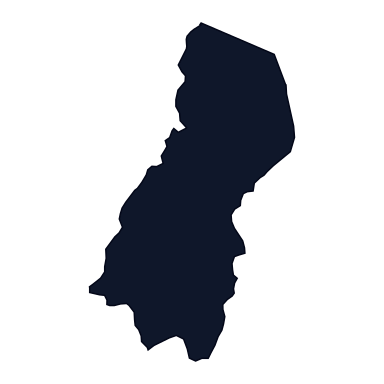 outline of Foinikaria, Limassol, Cyprus
{"feature_id": "46923920B54656513612440", "entity_name": "Foinikaria", "entity_type": "district", "adm_level": 2, "iso_a3": "CYP", "parent_name": "Cyprus", "parent_adm1": "Limassol", "projection": "orthographic", "projection_center": [33.104, 34.76], "detail": "fine", "context": "isolated", "style": "filled", "palette": "ink", "viewbox_px": 384, "rotation_deg": 0, "n_neighbors": 0, "source": "geoboundaries", "source_scale": "gbopen_adm2", "svg_char_len": 1618}
<svg xmlns="http://www.w3.org/2000/svg" viewBox="0 0 384 384"><path d="M200.0,24.6L200.8,25.1L194.2,29.2L190.8,31.9L187.1,36.2L186.3,39.3L186.5,42.9L186.8,46.4L186.4,48.9L178.3,65.0L182.0,71.8L185.5,75.8L185.1,81.7L178.0,90.1L175.9,99.7L175.9,106.4L179.6,113.2L180.2,120.7L186.6,127.8L186.4,128.1L178.3,132.3L173.8,128.5L172.1,130.8L169.7,137.6L165.3,140.6L167.0,146.5L164.7,150.5L161.3,156.0L162.8,162.1L163.2,163.5L162.6,163.7L156.7,166.6L151.9,166.3L147.8,169.8L146.3,174.9L141.9,182.3L137.4,188.4L134.8,190.3L125.8,202.2L122.1,208.1L120.4,213.7L119.3,219.0L122.5,227.2L119.1,232.9L114.9,236.8L105.8,249.2L106.2,258.3L104.7,266.7L104.7,271.9L100.6,278.2L92.8,284.4L89.5,286.8L89.7,288.0L89.7,292.5L99.7,294.8L104.6,295.3L107.0,300.1L106.9,304.5L109.7,305.5L114.3,305.5L120.6,303.9L126.6,303.5L129.0,305.3L134.2,312.2L134.6,319.8L135.2,325.4L138.7,329.6L141.2,335.9L141.6,341.6L147.3,347.4L148.1,349.9L154.0,345.4L155.8,344.5L169.4,337.8L176.3,335.4L183.6,339.0L187.3,348.9L189.4,358.1L195.6,361.0L201.9,358.3L208.2,358.3L210.9,352.8L214.9,345.3L218.1,336.6L221.9,330.1L223.5,324.0L224.8,316.6L222.9,309.5L222.8,304.5L227.3,299.5L232.2,296.0L234.2,293.1L233.5,288.8L234.6,283.0L237.2,278.3L233.4,275.1L232.6,270.2L232.0,263.5L234.4,256.6L238.8,255.0L244.9,253.2L244.5,247.8L242.7,240.9L234.4,228.3L231.6,221.6L231.1,214.9L234.7,209.1L240.3,205.6L240.7,200.3L243.3,193.6L247.2,191.7L253.1,191.0L254.3,183.1L260.0,177.7L264.1,175.1L267.0,171.7L273.3,165.7L290.3,151.7L294.5,137.4L293.6,126.1L286.5,94.0L286.0,85.0L285.7,85.0L274.2,54.4L201.1,23.0L200.0,24.6Z" fill="#0f172a" stroke="#020617" stroke-width="1.5"/></svg>